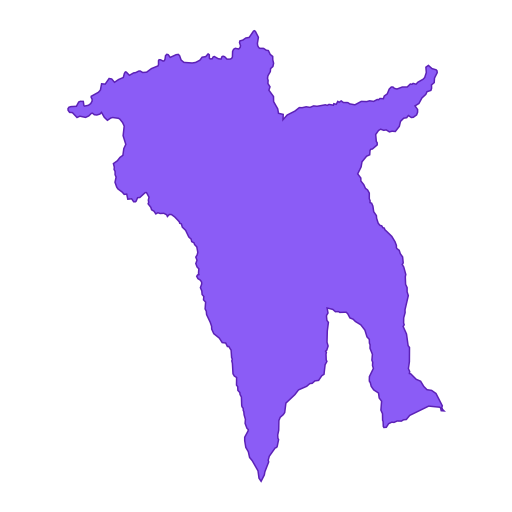 La Unión, Nariño, Colombia (Equal Earth projection)
{"feature_id": "7082276B50257092239175", "entity_name": "La Unión", "entity_type": "district", "adm_level": 2, "iso_a3": "COL", "parent_name": "Colombia", "parent_adm1": "Nariño", "projection": "equal_earth", "projection_center": [-77.138, 1.608], "detail": "fine", "context": "isolated", "style": "filled", "palette": "violet", "viewbox_px": 512, "rotation_deg": 0, "n_neighbors": 0, "source": "geoboundaries", "source_scale": "gbopen_adm2", "svg_char_len": 5971}
<svg xmlns="http://www.w3.org/2000/svg" viewBox="0 0 512 512"><path d="M270.2,54.4L268.4,50.6L266.2,50.2L263.6,48.4L259.7,48.3L258.7,47.5L257.7,45.7L257.4,43.4L258.4,37.3L255.4,31.4L254.4,30.7L253.5,31.1L249.2,37.4L245.8,38.0L242.8,40.1L239.9,40.9L239.5,42.5L240.5,45.7L240.2,47.4L238.7,49.0L235.3,48.3L233.6,49.3L232.6,51.4L232.4,57.0L231.6,58.4L230.2,59.1L227.1,59.2L224.6,56.7L223.1,56.2L222.0,56.6L221.0,59.1L218.2,58.7L214.3,56.5L213.2,56.9L212.1,58.8L210.1,58.9L209.4,58.1L209.3,54.8L208.1,53.9L205.7,56.6L202.1,57.2L199.9,60.2L195.7,62.4L192.2,63.0L183.9,62.4L181.1,60.0L179.6,55.7L178.3,54.4L176.1,54.7L170.2,57.4L168.2,54.7L166.8,54.3L165.5,55.7L165.0,59.3L164.3,60.7L163.1,61.1L160.6,59.8L159.1,59.7L158.5,60.7L158.5,64.6L158.0,65.9L151.4,68.6L146.6,72.2L142.7,72.5L140.2,71.0L138.7,71.1L135.7,72.6L133.6,72.9L129.4,75.3L126.3,72.1L125.4,71.9L124.4,73.4L123.3,77.5L118.6,79.5L114.5,82.3L111.7,79.0L109.1,78.5L105.2,84.1L101.6,83.8L100.4,90.1L98.4,92.3L91.2,96.3L91.2,97.5L92.1,99.1L92.1,101.1L90.7,103.6L88.4,105.3L84.5,106.1L83.9,105.6L83.3,101.4L80.4,101.3L78.7,102.0L76.4,106.3L70.9,106.6L69.0,107.2L68.0,108.6L68.1,110.3L69.6,112.4L72.4,112.6L77.0,117.5L79.9,116.2L85.6,117.4L88.8,115.9L91.3,113.4L92.5,113.2L94.3,114.7L96.8,115.0L99.9,114.1L101.5,112.4L104.3,117.3L107.4,120.3L110.8,118.0L112.7,117.5L118.5,118.3L119.9,119.2L122.6,122.6L124.2,126.1L123.1,135.7L125.8,144.4L123.8,148.6L122.9,155.3L120.0,157.4L117.3,160.8L113.4,163.6L114.3,167.1L114.1,169.5L115.1,171.4L115.1,174.7L116.1,177.1L115.0,182.3L116.7,187.1L117.9,188.9L122.2,192.1L124.2,194.4L126.7,194.1L127.8,199.2L131.6,198.8L133.7,201.8L135.4,201.8L136.1,201.2L137.6,197.7L139.8,197.5L145.2,192.6L146.5,192.6L149.0,197.2L148.3,200.1L148.7,202.3L148.1,203.8L150.8,207.3L151.6,209.8L154.0,211.2L155.8,213.9L157.9,212.7L160.1,213.5L163.8,213.3L166.7,214.8L167.4,216.5L169.3,214.5L171.4,214.5L174.7,216.9L179.3,221.8L179.7,223.2L181.4,223.9L182.3,227.1L185.6,230.3L188.8,237.0L191.1,239.1L191.7,241.6L194.0,242.8L194.6,244.6L196.8,246.9L197.8,252.4L197.1,255.0L195.8,257.1L197.0,260.2L195.8,263.6L197.1,267.0L198.8,268.8L198.5,273.3L198.9,274.6L197.6,274.9L196.7,276.3L197.9,278.6L200.4,280.2L201.6,282.1L201.7,284.0L200.4,287.7L201.8,290.9L202.1,294.5L203.8,296.5L203.5,299.8L205.6,302.1L205.1,308.9L206.3,311.2L206.6,314.6L210.2,322.2L211.6,326.3L211.7,329.1L213.8,333.7L219.3,338.1L222.2,342.6L225.7,343.0L227.4,346.5L228.8,346.5L231.1,350.2L231.6,357.5L232.3,359.1L231.8,360.9L232.4,363.3L233.0,373.8L234.3,376.0L236.6,377.5L236.5,385.1L237.7,386.7L237.9,390.4L239.8,392.5L240.1,394.6L241.4,397.0L241.7,405.3L242.0,406.7L243.2,408.4L243.2,410.4L243.8,411.6L244.1,414.8L245.4,419.3L245.1,423.4L246.9,428.2L248.3,429.6L248.0,431.1L244.7,437.2L244.7,440.6L245.8,447.4L248.3,451.7L249.6,457.5L252.3,460.8L258.0,470.8L259.0,478.2L261.1,481.3L264.3,475.0L264.9,471.7L268.7,461.9L268.2,460.2L269.3,456.2L275.1,448.0L276.6,447.4L277.2,446.4L278.6,439.6L277.9,438.3L277.7,435.0L278.7,430.3L278.9,420.5L280.2,417.3L283.3,414.6L284.7,412.5L285.9,403.1L294.9,394.6L298.5,389.9L306.7,386.3L309.8,383.6L312.2,383.3L314.9,380.9L318.6,380.4L321.8,375.7L324.0,374.3L325.1,364.7L326.9,361.4L326.2,359.9L326.0,354.0L326.4,352.5L325.6,351.2L326.8,350.1L328.1,346.0L327.0,342.2L327.3,330.9L328.4,322.4L326.9,320.4L326.5,316.5L326.6,315.3L328.0,313.0L327.1,308.0L332.8,309.4L335.4,311.7L338.6,311.6L339.7,312.4L346.1,312.2L347.7,313.7L349.9,317.9L353.1,319.2L355.4,321.5L360.8,324.8L364.9,330.1L367.0,336.9L369.3,339.4L369.4,343.1L370.1,344.8L370.0,348.3L372.4,354.3L371.9,360.2L372.7,362.2L372.5,365.5L373.4,368.4L369.4,376.6L369.3,380.3L369.5,381.7L370.2,382.2L371.2,386.3L373.7,389.9L378.5,393.0L379.2,398.0L381.6,401.2L380.9,410.1L382.5,413.7L382.6,420.3L383.1,421.4L383.3,426.4L383.9,427.5L386.3,427.3L388.6,423.7L391.7,422.2L394.0,422.4L397.2,421.0L401.4,421.1L403.5,419.8L406.3,419.5L409.7,415.4L428.7,406.1L439.7,407.2L440.6,408.0L441.2,410.7L444.0,410.9L442.6,409.5L441.8,407.6L442.3,405.8L436.0,393.5L431.6,390.4L427.0,389.7L423.8,386.5L420.6,381.2L416.2,379.3L410.8,373.9L409.4,373.5L409.7,371.6L408.4,368.6L409.4,361.7L409.5,347.5L408.1,345.6L406.5,334.0L403.1,326.4L404.2,324.8L403.6,323.0L403.7,317.8L405.1,312.7L405.0,309.8L408.3,295.6L407.1,291.8L407.1,287.6L405.6,284.4L405.3,276.8L405.8,274.5L403.7,266.9L402.2,264.5L403.2,262.9L402.6,256.9L400.3,253.7L399.2,250.3L396.9,248.6L396.4,247.6L396.4,245.4L395.0,241.7L391.8,236.4L384.8,229.6L384.3,228.1L382.8,227.7L381.7,225.8L380.0,225.4L378.2,223.2L376.6,218.3L376.4,215.6L373.7,211.7L372.9,206.1L371.6,203.2L370.0,202.6L370.1,200.8L369.3,198.7L369.3,193.1L367.6,190.0L365.4,188.3L363.8,184.7L360.9,181.0L360.8,178.0L357.7,173.9L361.1,166.9L362.0,161.8L366.6,156.2L369.7,154.8L370.0,150.4L370.9,149.2L372.4,149.0L377.2,144.9L377.2,142.8L376.3,141.4L375.7,134.5L378.5,130.5L380.6,129.2L383.7,130.3L386.2,129.9L389.4,131.9L392.1,131.2L395.3,131.5L399.3,126.4L400.5,121.4L403.7,118.2L406.7,117.7L408.4,115.5L411.3,117.5L413.3,117.3L416.6,114.9L417.6,112.2L417.6,109.5L415.0,105.9L418.9,103.5L421.9,98.0L425.8,94.4L427.0,91.7L430.9,90.4L431.6,88.2L431.5,84.9L434.2,82.6L434.5,78.1L437.2,72.7L437.0,70.8L436.1,69.8L432.0,68.6L428.4,65.4L425.9,67.2L426.3,72.6L424.7,77.5L423.3,79.1L417.9,82.2L416.0,84.2L413.1,83.4L411.9,84.3L410.3,84.0L407.2,87.0L402.3,87.0L397.0,89.0L394.5,88.4L392.9,87.0L391.3,87.0L389.2,89.1L387.3,93.8L384.2,96.1L383.4,98.7L380.0,98.5L378.6,99.7L377.2,99.5L373.6,101.4L369.6,100.8L366.7,101.6L361.3,101.4L354.9,104.8L349.8,103.9L347.8,102.6L343.3,102.5L341.2,100.9L339.1,102.3L337.8,101.4L336.2,104.3L333.8,103.7L333.4,105.2L329.0,104.4L327.2,105.4L325.4,104.8L317.0,106.3L313.6,105.9L310.0,107.4L306.2,106.8L302.1,107.7L299.3,107.6L294.9,111.1L287.2,115.0L283.0,119.7L283.2,114.4L278.5,113.3L277.7,108.8L273.6,101.6L273.5,96.5L268.9,90.2L270.0,86.8L267.9,83.5L268.1,80.4L267.5,78.4L267.9,75.8L270.3,71.6L270.6,68.6L272.9,66.5L273.6,63.3L272.8,59.9L272.7,56.4L270.2,54.4Z" fill="#8b5cf6" stroke="#5b21b6" stroke-width="1.5"/></svg>